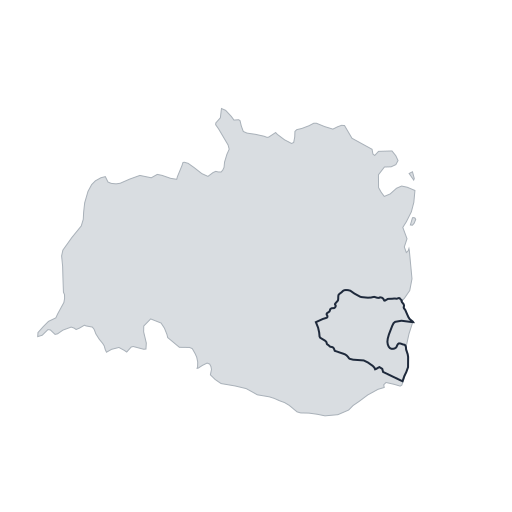 Cambodia, with Batdâmbâng highlighted, rotated 201°
{"feature_id": "KHM-1778", "entity_name": "Batdâmbâng", "entity_type": "Province", "adm_level": 1, "iso_a3": "KHM", "parent_name": "Cambodia", "parent_adm1": "", "projection": "albers", "projection_center": [103.119, 12.947], "detail": "fine", "context": "in_parent", "style": "outline", "palette": "slate", "viewbox_px": 512, "rotation_deg": 201, "n_neighbors": 0, "source": "natural_earth", "source_scale": "10m", "svg_char_len": 4990}
<svg xmlns="http://www.w3.org/2000/svg" viewBox="0 0 512 512"><g transform="rotate(201 256 256)"><path d="M430.9,102.5L432.1,106.4L429.3,113.8L426.3,120.6L420.7,126.5L420.4,130.9L418.7,143.8L419.5,147.8L420.9,151.3L422.8,153.2L428.1,165.7L432.8,177.0L437.5,186.4L438.4,192.3L434.5,207.4L429.9,221.4L430.4,228.3L432.6,235.1L435.0,244.3L436.0,256.1L435.0,263.8L432.9,268.6L428.8,273.5L425.1,276.1L420.7,272.0L417.2,271.9L412.5,273.2L408.9,275.2L401.5,282.5L393.3,289.6L381.8,291.5L377.4,296.8L372.6,297.6L363.5,297.9L357.5,299.2L357.8,301.8L357.5,314.1L357.7,317.0L356.7,317.8L352.6,318.2L345.6,316.4L336.1,313.5L329.4,313.1L326.0,318.5L323.9,320.6L321.4,320.9L318.7,321.9L317.8,324.3L317.6,327.3L319.0,332.4L319.6,340.5L319.3,346.1L321.8,349.6L336.4,361.2L340.7,364.1L341.2,365.8L338.8,372.3L341.1,381.3L336.6,381.1L329.0,377.4L325.3,375.0L321.0,377.0L319.4,376.6L316.4,372.2L312.5,367.7L308.5,367.5L300.1,369.4L291.4,370.7L288.2,370.7L286.8,371.5L281.9,378.3L279.7,377.2L271.0,374.7L263.1,373.8L261.5,375.5L262.5,381.0L264.3,386.3L263.2,388.6L258.9,391.5L253.2,396.6L249.7,400.6L247.2,401.6L238.4,401.4L229.7,402.0L226.2,405.8L222.9,408.7L220.1,409.5L208.6,400.3L185.9,397.2L183.4,393.1L181.2,392.4L179.1,397.6L166.7,402.8L161.4,399.7L157.6,396.0L158.2,391.4L161.8,387.7L168.0,385.1L170.8,375.7L166.1,363.8L161.9,360.3L157.6,357.6L153.0,362.0L149.1,369.6L145.1,373.5L139.4,374.4L131.1,374.1L127.9,362.7L126.8,353.0L127.9,341.9L129.2,335.3L121.2,326.2L120.8,317.6L116.9,313.1L115.8,315.4L115.9,317.8L114.8,316.0L102.2,290.6L100.1,278.9L102.3,269.8L103.6,266.8L100.0,262.0L94.9,256.6L85.9,249.4L85.3,238.2L83.3,225.0L80.6,220.5L76.5,212.3L74.3,205.5L73.6,187.7L74.8,186.2L81.1,185.7L89.3,184.5L90.6,181.6L89.2,179.2L94.4,175.2L101.9,166.3L107.7,157.1L111.8,151.2L114.3,145.4L122.7,137.2L134.3,131.5L142.1,130.2L150.3,128.3L158.1,125.5L161.8,125.2L171.6,128.5L176.8,129.4L182.4,129.3L188.1,129.6L193.1,129.3L205.0,126.9L217.6,128.7L228.9,127.2L242.9,124.4L249.7,126.0L256.0,128.7L256.9,134.1L258.4,136.6L260.5,138.5L263.3,138.5L266.8,134.7L269.7,130.7L270.7,130.0L270.9,131.9L272.4,136.1L275.1,140.3L277.8,143.0L282.3,146.7L285.3,146.8L294.8,143.3L309.2,148.2L310.9,150.7L315.6,155.8L320.6,159.4L331.8,159.5L335.7,150.4L333.7,144.9L327.2,135.4L325.4,129.7L327.4,128.7L338.2,127.5L339.9,126.3L342.3,120.0L345.2,120.7L351.2,121.5L357.4,117.1L361.1,112.6L363.2,114.6L365.5,117.7L367.9,119.5L372.5,122.1L377.6,125.9L380.8,129.5L383.3,131.0L389.7,129.8L391.4,129.9L395.0,125.4L397.6,122.9L399.8,123.5L403.1,123.4L409.7,117.6L413.4,112.2L415.5,110.8L421.5,113.3L423.9,112.7L427.2,105.4L430.9,102.5ZM123.6,347.8L122.4,348.4L121.2,348.4L120.0,347.4L120.1,343.3L121.0,340.8L123.0,340.3L123.6,347.8ZM142.6,387.9L140.1,390.7L136.0,385.0L136.0,383.4L142.6,387.9Z" fill="#d9dde1" stroke="#a8b0b8" stroke-width="1"/><path d="M104.1,266.8L104.0,266.1L103.2,265.2L101.0,264.0L100.1,262.9L99.9,262.4L99.8,261.2L99.5,260.6L99.0,260.1L97.3,259.1L92.0,253.7L90.0,252.2L86.0,250.9L85.6,250.6L87.1,250.1L97.0,247.7L102.5,244.4L103.5,242.6L103.8,239.6L103.8,230.4L103.4,226.1L102.6,223.0L101.3,220.7L99.6,218.9L98.0,218.0L96.3,217.9L94.9,218.4L93.5,219.3L92.5,220.6L92.2,221.8L92.2,223.2L91.9,224.7L91.3,225.6L90.1,226.0L89.2,226.1L87.1,226.1L85.3,226.4L84.1,225.6L83.4,224.7L82.3,222.4L79.2,218.7L77.8,216.3L74.2,206.7L74.1,201.5L74.5,197.2L74.3,191.8L74.3,191.6L76.2,191.7L95.8,193.3L97.7,195.9L100.4,196.4L101.0,196.5L102.5,194.8L103.0,194.0L104.2,192.9L105.3,194.1L107.5,195.2L113.4,196.7L118.0,197.1L119.0,196.8L128.2,194.0L131.6,193.6L132.5,193.8L134.0,194.8L135.9,195.7L137.9,196.1L148.5,195.7L149.9,197.3L150.4,197.7L151.0,198.1L152.0,198.3L154.3,197.9L156.6,198.8L157.7,199.0L158.0,199.1L158.4,199.4L159.2,200.6L159.6,201.0L160.2,201.3L161.2,201.7L166.8,202.7L167.8,203.6L169.6,207.2L172.3,211.3L176.4,215.7L171.0,221.2L168.2,223.4L167.9,223.7L167.6,224.1L167.5,224.7L167.7,225.3L168.0,225.8L168.3,226.1L168.8,226.4L169.1,226.7L169.3,227.3L169.2,228.1L168.0,229.8L167.6,230.4L167.5,231.3L167.5,231.7L167.6,232.3L167.6,232.9L167.4,233.4L166.8,234.1L166.4,234.5L165.9,234.7L164.5,235.3L164.3,235.5L164.0,235.9L163.7,236.6L163.6,237.5L163.8,238.2L164.1,238.6L164.6,238.8L164.8,238.9L164.9,239.1L165.0,239.3L165.0,239.5L165.0,239.9L163.6,243.7L163.6,244.3L164.1,246.1L164.5,247.1L165.0,248.9L165.0,249.2L164.9,249.5L164.5,250.6L163.1,252.8L162.9,253.2L162.9,253.3L162.2,254.7L161.8,255.2L161.1,255.8L160.0,256.4L157.9,257.1L155.5,257.4L150.7,256.2L144.0,255.3L142.6,255.5L136.8,257.1L133.8,258.4L132.2,259.5L131.0,260.2L130.2,260.3L128.2,260.4L126.9,260.7L126.3,260.9L126.0,261.1L125.8,261.5L125.6,261.7L125.3,261.9L124.8,262.0L124.1,262.1L123.6,262.2L123.1,262.1L122.7,262.0L121.9,261.7L120.9,260.9L120.5,260.5L120.4,260.4L120.0,260.4L119.7,260.5L118.4,262.1L117.6,263.1L117.1,263.4L113.3,265.0L112.0,265.7L111.0,266.1L110.3,266.3L109.6,266.4L109.1,266.7L107.9,267.7L107.4,268.0L107.0,268.0L106.6,268.0L106.4,267.9L106.2,267.8L105.8,267.5L104.1,266.8Z" fill="none" stroke="#1e293b" stroke-width="2"/></g></svg>